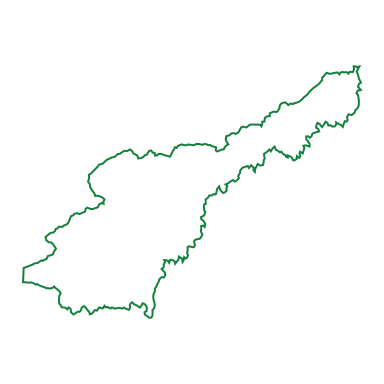 the district of Bocaiúva do Sul, Paraná, Brazil
{"feature_id": "56859067B26330855043350", "entity_name": "Bocaiúva do Sul", "entity_type": "district", "adm_level": 2, "iso_a3": "BRA", "parent_name": "Brazil", "parent_adm1": "Paraná", "projection": "equal_earth", "projection_center": [-48.883, -25.099], "detail": "fine", "context": "isolated", "style": "outline", "palette": "green", "viewbox_px": 384, "rotation_deg": 0, "n_neighbors": 0, "source": "geoboundaries", "source_scale": "gbopen_adm2", "svg_char_len": 5727}
<svg xmlns="http://www.w3.org/2000/svg" viewBox="0 0 384 384"><path d="M359.3,66.5L356.7,67.2L355.4,66.3L353.7,66.3L354.0,69.4L352.8,72.1L349.7,71.8L348.4,73.7L346.7,72.1L344.2,72.4L342.4,72.0L340.6,72.5L339.5,74.4L337.5,72.4L334.6,72.9L329.8,73.9L326.7,72.8L325.1,74.5L323.7,76.2L322.2,77.6L322.1,80.5L320.8,81.5L319.6,83.3L316.9,85.4L314.7,87.2L313.0,88.3L310.9,90.4L308.7,92.6L307.5,94.4L305.5,96.1L303.5,97.6L302.0,99.4L299.1,101.8L296.6,102.7L294.6,103.1L293.0,104.1L290.8,103.5L288.3,105.1L286.8,103.5L285.0,102.3L283.2,102.8L281.3,103.5L279.9,105.3L279.4,108.2L277.9,110.9L276.5,112.1L273.9,111.6L271.6,112.5L269.8,113.3L269.8,116.1L267.3,116.3L264.9,117.8L264.4,121.6L262.3,121.7L262.2,124.2L261.4,126.4L260.1,124.7L256.9,124.6L251.2,124.5L249.3,125.0L247.8,126.4L246.5,127.4L244.6,127.2L243.2,126.6L241.3,127.3L239.9,129.7L238.4,132.4L235.8,134.0L234.3,133.2L231.4,133.4L229.7,135.2L228.3,135.6L226.2,136.3L225.7,139.8L226.9,142.2L228.4,144.3L226.2,145.6L224.6,147.4L223.9,149.2L221.5,149.7L219.3,150.6L217.2,151.5L215.8,150.5L216.0,147.3L214.4,146.8L211.9,146.2L210.2,145.0L208.1,145.1L206.4,144.2L204.0,144.0L202.3,144.9L199.2,144.0L196.2,144.0L193.8,145.3L191.8,144.9L187.9,144.5L186.5,145.3L183.8,145.1L181.6,144.4L178.1,145.8L176.6,147.9L175.1,147.2L173.4,150.4L172.3,152.1L170.1,156.7L167.3,155.9L165.1,155.4L161.2,153.9L158.5,153.9L157.3,155.3L155.0,155.5L154.9,153.3L152.7,152.6L151.2,150.5L149.3,150.8L148.0,152.6L146.9,154.7L144.7,155.3L143.4,157.0L141.1,158.0L138.3,158.5L137.2,155.5L133.5,153.5L132.3,151.3L130.1,149.4L127.2,151.0L124.4,150.8L121.7,152.4L119.9,153.9L117.8,154.0L116.0,155.8L114.3,157.0L112.1,157.3L109.5,158.6L107.1,159.6L104.2,162.2L102.5,163.8L99.0,164.6L97.3,167.0L90.8,173.7L88.9,174.8L89.2,177.7L88.1,181.8L89.7,183.9L90.3,187.6L92.5,191.0L94.4,193.3L95.2,196.0L97.2,195.7L99.8,196.3L102.8,197.8L104.5,199.3L103.4,201.8L103.6,203.8L101.7,203.0L99.1,204.5L98.0,207.2L92.8,209.0L90.8,209.0L87.1,207.7L85.6,208.8L85.0,211.6L82.2,212.9L79.3,214.1L77.3,213.1L74.3,213.9L73.0,215.5L71.1,216.1L70.0,218.6L68.6,222.2L67.5,223.8L66.0,224.7L63.7,225.6L62.1,227.0L58.9,226.6L57.6,228.3L55.8,229.0L54.8,231.2L53.2,232.6L50.7,232.8L47.6,235.3L45.5,237.1L46.4,240.4L49.1,242.4L51.5,242.5L53.6,244.9L56.0,248.7L54.0,251.6L53.0,254.3L50.5,255.3L47.9,256.0L46.4,259.2L44.1,259.8L42.8,260.9L41.1,260.5L37.7,263.0L34.2,263.5L32.6,264.6L23.7,268.0L23.0,282.1L24.5,282.2L28.0,282.6L31.5,282.5L34.4,283.6L35.7,284.7L37.3,284.0L38.8,285.2L41.7,286.4L44.5,287.2L46.4,288.2L48.2,288.2L49.9,288.6L52.7,287.8L54.2,286.5L55.4,288.0L57.6,289.5L59.4,291.4L60.7,293.2L59.2,296.0L59.0,300.9L59.3,303.7L60.7,305.2L61.7,307.3L65.1,307.6L67.3,309.4L68.5,307.4L70.6,308.8L71.2,312.5L73.6,314.5L76.0,312.8L77.6,311.7L79.6,311.8L81.1,310.1L81.7,307.6L84.0,306.1L85.8,307.8L87.4,310.0L89.3,312.1L89.8,314.3L91.2,314.0L93.0,312.5L94.8,310.1L96.9,310.6L99.1,307.4L100.5,307.9L102.6,308.5L104.5,305.8L105.6,307.4L107.2,306.9L108.8,307.6L110.3,308.6L111.9,307.4L113.9,308.3L115.8,308.6L118.5,307.8L120.5,308.1L122.1,308.6L123.8,307.6L126.1,308.8L129.0,309.8L130.1,307.4L129.8,305.4L130.7,303.4L132.2,302.3L134.3,304.4L136.5,305.3L138.1,306.3L139.9,307.6L141.8,305.1L142.6,303.3L144.6,304.0L146.0,305.8L146.9,307.9L146.5,311.1L144.5,312.3L144.9,314.6L147.2,316.1L149.1,317.7L151.4,317.6L152.5,315.3L152.6,312.6L152.5,310.1L153.9,308.7L154.7,305.7L154.6,303.1L153.7,300.4L153.2,297.1L153.6,293.8L154.9,291.4L154.9,288.5L156.2,287.0L157.2,284.4L158.5,282.2L159.4,279.3L161.7,277.1L164.0,277.4L165.3,275.1L164.9,272.6L163.0,270.7L161.6,269.0L163.7,267.3L163.7,264.5L165.1,262.0L164.2,260.1L166.4,260.2L168.0,260.9L169.2,262.8L170.0,260.0L171.9,259.8L174.7,261.3L175.2,263.7L176.4,262.2L178.4,259.8L178.9,256.6L180.6,257.8L182.1,258.6L182.6,261.9L183.6,260.3L184.2,257.2L185.5,258.5L187.1,257.6L188.1,255.0L187.1,253.1L187.7,250.2L187.5,247.4L188.9,246.2L192.9,247.3L194.3,246.8L194.9,244.7L194.0,241.3L195.5,239.6L199.9,238.7L201.2,237.0L202.3,234.6L200.8,231.2L201.3,228.7L201.2,225.9L203.2,225.6L204.6,226.9L205.3,224.0L203.6,221.0L201.4,219.4L200.9,217.2L204.2,215.4L205.4,211.9L204.2,210.8L204.2,208.7L203.9,206.5L204.2,204.4L205.7,204.0L205.7,199.4L207.8,197.9L209.4,195.3L212.0,195.5L213.5,194.1L215.6,194.5L216.3,192.8L217.1,189.0L219.2,186.4L219.9,188.9L220.8,190.6L222.0,192.0L223.3,193.0L225.3,192.0L226.7,190.4L226.3,188.4L227.4,186.1L225.6,184.4L228.2,183.3L230.0,181.8L233.0,180.0L234.8,181.6L236.8,180.6L238.9,178.0L238.1,176.1L240.1,172.9L240.1,170.8L241.9,168.3L243.5,167.3L245.8,166.6L247.8,166.1L249.0,168.0L251.1,165.3L253.8,167.8L253.4,170.2L254.8,171.9L255.1,169.3L256.0,167.3L257.7,164.0L260.3,165.6L263.0,165.0L263.6,162.4L263.7,160.2L264.7,158.7L263.9,154.1L266.6,152.1L269.4,149.5L270.7,151.3L272.6,148.5L274.6,146.6L275.8,149.7L277.3,150.4L279.9,152.3L281.3,151.7L283.4,154.3L285.2,155.0L286.3,156.9L287.8,157.5L287.7,155.4L290.4,156.5L291.9,157.6L293.2,160.4L294.6,160.2L296.8,158.8L296.9,156.2L299.2,157.8L300.3,156.2L299.5,153.6L300.1,151.6L302.7,153.5L304.3,148.2L303.4,145.8L305.7,145.3L309.6,146.5L309.6,143.9L307.5,140.8L306.2,139.2L306.3,136.4L308.4,136.4L309.8,137.7L311.7,136.1L312.1,134.2L313.5,133.0L319.1,131.4L318.2,129.0L316.0,127.6L316.5,124.9L317.5,122.9L319.8,124.1L320.8,125.8L322.1,127.1L324.2,124.1L325.6,121.7L327.5,123.1L328.4,125.6L330.3,125.1L332.5,126.6L334.8,126.4L336.3,124.4L336.1,122.4L338.0,123.6L340.7,124.8L342.8,126.9L343.7,123.8L344.8,121.2L346.5,121.6L347.6,120.3L347.1,116.8L348.6,114.4L351.7,115.0L354.6,112.8L355.4,110.0L357.1,108.8L358.7,105.6L358.9,100.9L358.5,97.8L358.0,95.2L356.4,93.1L357.8,90.6L360.8,90.0L358.0,86.6L359.1,83.7L361.0,82.6L359.2,79.2L358.5,77.1L358.0,74.7L356.7,71.7L358.0,69.0L359.3,66.5Z" fill="none" stroke="#15803d" stroke-width="2"/></svg>